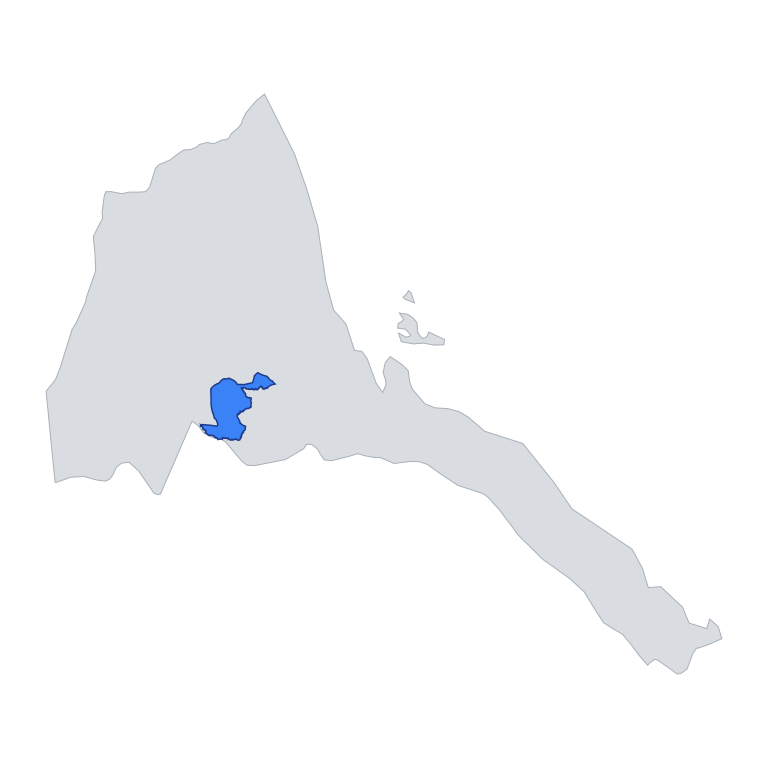 Molqi, Gash Barka, Eritrea shown in context
{"feature_id": "51966322B62181385469599", "entity_name": "Molqi", "entity_type": "district", "adm_level": 2, "iso_a3": "ERI", "parent_name": "Eritrea", "parent_adm1": "Gash Barka", "projection": "albers", "projection_center": [38.368, 14.994], "detail": "fine", "context": "in_parent", "style": "filled", "palette": "blue", "viewbox_px": 768, "rotation_deg": 0, "n_neighbors": 0, "source": "geoboundaries", "source_scale": "gbopen_adm2", "svg_char_len": 8131}
<svg xmlns="http://www.w3.org/2000/svg" viewBox="0 0 768 768"><path d="M55.1,482.3L52.1,452.4L50.1,432.5L48.1,411.3L46.1,391.3L55.7,379.2L60.2,367.6L71.9,329.9L76.4,322.4L85.5,302.2L86.7,296.3L95.7,270.9L95.0,253.9L93.3,236.8L98.2,226.7L102.5,218.6L102.2,211.7L104.3,195.8L105.7,191.8L110.9,191.6L121.6,193.7L129.5,192.1L138.6,192.1L145.6,191.7L149.8,186.8L155.5,168.2L159.2,164.5L162.1,163.4L170.1,160.0L177.0,154.6L182.6,150.7L184.7,149.9L190.6,149.5L196.5,147.2L199.2,144.6L206.7,142.5L214.0,143.7L218.9,141.4L222.2,139.9L225.9,139.8L229.3,137.6L230.7,134.3L232.9,132.2L238.6,127.4L241.2,123.9L242.4,120.4L243.5,117.6L246.0,112.8L256.0,101.0L264.5,94.0L294.5,153.9L306.8,189.3L317.7,226.3L325.9,281.8L333.6,310.1L346.0,324.0L354.5,350.4L361.8,351.3L367.1,358.6L376.2,383.3L382.7,392.5L386.1,384.5L385.6,380.0L383.1,372.4L385.3,362.5L390.3,356.6L401.8,364.5L408.1,370.5L409.9,382.7L412.6,389.5L424.8,403.7L434.9,407.8L448.1,408.7L459.1,411.7L468.0,416.9L484.7,431.3L522.8,443.5L553.8,482.2L572.1,509.0L632.0,549.1L642.6,568.6L648.3,587.7L660.7,586.6L682.6,607.2L689.1,623.1L706.8,628.6L709.6,619.0L718.2,626.6L721.9,638.6L710.8,643.6L698.5,648.1L696.7,648.0L692.7,653.7L687.1,669.0L680.7,673.5L677.3,674.0L657.7,660.1L654.7,659.4L650.6,662.2L647.6,665.2L638.4,654.6L631.6,645.2L622.3,634.0L613.3,629.0L603.6,622.8L594.0,608.0L584.2,591.8L569.8,578.6L543.1,559.6L518.5,535.4L499.6,510.0L487.6,496.8L482.4,493.4L457.7,485.3L440.3,473.7L427.0,464.2L418.9,461.7L411.0,461.4L394.2,463.5L380.2,457.5L374.3,457.5L365.0,455.8L357.6,453.7L349.0,456.3L331.3,460.7L324.1,459.8L320.1,453.8L317.7,449.2L311.6,444.4L306.5,444.4L303.7,448.7L285.3,459.6L254.3,465.7L247.0,465.2L241.5,460.9L225.9,442.3L221.5,439.3L217.9,439.0L210.7,436.8L203.9,433.2L198.0,425.5L192.1,421.2L185.6,436.1L174.3,462.2L168.2,476.1L160.4,494.1L157.9,494.6L154.0,493.3L138.6,470.8L129.0,462.3L121.7,463.1L116.4,467.2L113.0,474.7L109.4,479.3L105.4,481.1L97.0,480.1L84.1,476.5L70.7,477.2L56.9,482.2L55.1,482.3ZM417.9,332.9L422.1,338.4L424.9,337.9L427.2,336.0L428.8,332.1L444.6,339.6L443.8,344.8L434.3,345.1L423.4,343.1L413.4,343.9L401.3,341.7L398.5,333.1L406.2,337.2L410.1,336.1L410.8,335.0L405.4,329.2L397.7,328.1L398.2,323.4L401.6,321.6L403.7,319.3L399.3,313.0L407.9,314.4L413.3,318.2L416.9,322.6L417.9,332.9ZM411.1,292.9L414.5,302.9L404.8,299.1L403.1,297.1L407.4,293.1L408.3,290.6L411.1,292.9Z" fill="#d9dde1" stroke="#a8b0b8" stroke-width="1"/><path d="M250.3,397.9L249.7,397.6L249.0,397.9L248.8,397.6L248.5,397.7L248.3,397.7L248.0,397.6L247.7,397.2L247.4,397.1L247.2,397.3L246.8,397.1L246.5,397.0L246.4,396.9L246.5,396.7L246.4,396.5L246.0,396.1L245.7,396.0L245.6,395.9L245.6,394.1L245.5,393.8L245.3,393.8L245.1,393.6L244.9,393.4L245.0,393.0L244.3,392.7L244.0,392.7L243.9,392.1L244.0,391.9L243.9,391.6L244.0,391.5L243.7,391.0L243.1,391.0L243.0,390.8L242.8,390.8L242.6,390.6L242.7,390.1L242.8,389.7L242.4,389.1L242.1,389.1L241.7,388.7L241.5,387.8L241.9,388.0L242.4,387.8L243.1,388.3L243.2,388.2L243.6,387.6L243.8,387.5L244.4,387.6L244.7,387.7L245.1,387.7L245.5,388.0L245.6,388.6L246.1,388.6L246.3,389.0L247.5,388.8L248.0,389.1L248.4,389.4L248.8,389.2L249.1,389.3L249.2,389.1L249.6,389.3L249.8,389.1L250.3,389.0L250.6,389.2L251.2,389.1L251.5,389.3L251.7,388.8L252.5,388.6L252.5,388.9L252.6,389.2L252.8,389.2L253.3,389.6L253.7,389.4L253.9,389.6L254.4,389.9L254.6,389.7L254.6,389.4L254.8,389.3L255.2,388.8L255.3,389.0L256.0,389.1L256.1,389.3L256.3,389.2L256.6,389.3L256.7,389.5L257.1,389.4L257.3,389.7L257.8,389.2L257.8,388.9L258.0,388.9L258.1,388.7L258.4,388.8L258.5,388.7L258.6,388.1L259.1,388.1L259.3,387.6L259.7,387.3L259.8,387.0L260.2,386.7L260.2,386.4L260.6,386.3L260.9,386.2L261.3,386.9L261.5,387.0L261.6,386.8L261.8,387.2L262.0,386.7L262.1,386.8L262.1,387.1L261.9,387.4L262.2,387.9L262.4,388.0L262.7,388.1L263.0,388.4L263.3,388.4L263.3,388.5L263.2,388.7L263.4,388.7L263.5,389.0L263.8,388.9L263.9,388.7L264.1,388.9L264.2,388.6L265.1,388.7L265.4,388.5L265.5,388.1L266.0,388.0L266.3,388.2L266.6,387.9L266.7,388.1L266.9,388.1L267.0,387.9L267.4,388.1L267.8,387.8L267.7,387.6L268.5,386.5L269.0,386.2L271.2,385.1L272.2,384.7L272.8,384.6L273.7,384.3L275.1,384.0L274.3,383.4L273.3,382.1L272.9,381.8L272.2,381.0L271.9,380.8L270.0,380.0L269.8,379.8L268.9,378.4L267.6,377.0L266.9,376.4L265.7,375.9L265.2,375.9L263.1,375.3L262.0,374.7L260.3,374.1L258.6,373.1L258.2,372.8L257.8,372.7L256.9,373.5L255.5,374.6L254.4,375.8L254.2,377.4L253.9,378.1L253.1,381.4L252.7,382.2L252.5,382.5L252.2,382.7L250.9,383.2L249.8,383.5L248.8,383.4L247.8,383.8L246.0,384.1L245.5,384.3L245.0,384.5L244.4,384.6L241.3,384.5L237.8,384.5L237.5,384.4L237.0,384.0L236.7,383.3L236.1,382.4L235.5,381.9L234.4,381.1L234.3,380.8L234.2,380.7L233.2,380.2L232.0,379.7L231.2,379.4L231.0,379.1L230.6,378.9L230.3,378.8L229.8,378.8L229.2,378.3L227.8,378.4L227.3,378.7L226.4,379.0L225.6,379.4L225.1,378.8L224.5,378.7L223.9,378.8L223.0,379.2L222.2,379.7L221.1,380.6L219.1,383.0L218.0,383.7L217.3,383.7L216.8,384.0L214.8,385.1L213.4,386.2L212.1,387.4L211.2,388.7L210.9,388.9L210.8,390.9L211.0,394.3L211.1,404.7L211.6,408.3L212.5,412.0L213.8,415.6L214.3,418.1L216.1,419.7L216.8,421.6L217.6,423.3L217.7,425.4L216.8,426.2L210.1,425.2L207.0,425.0L203.1,424.6L200.9,424.8L200.7,424.7L200.9,425.2L200.8,425.6L200.4,425.9L200.5,426.3L200.7,426.5L201.0,426.6L201.6,426.2L201.9,425.6L202.1,425.5L202.4,426.1L202.3,426.4L202.4,426.8L202.7,427.2L202.8,427.7L202.6,428.9L202.8,429.1L203.2,429.2L203.4,429.1L203.5,428.9L203.8,429.2L203.9,429.9L204.2,430.1L204.7,429.9L205.0,430.0L205.6,430.3L205.9,430.8L206.0,431.0L205.7,431.8L205.3,432.4L205.3,432.7L205.6,433.0L206.4,433.2L208.2,434.9L209.2,435.5L210.2,435.2L211.6,435.5L213.0,435.3L213.1,435.7L213.3,435.9L213.6,436.1L214.0,436.1L214.3,436.2L214.5,436.7L214.5,436.9L214.7,437.4L215.1,437.2L215.6,437.4L216.0,437.8L216.6,437.7L217.2,437.9L217.3,438.1L217.3,438.7L218.0,439.6L219.3,439.0L220.3,439.1L220.8,439.1L221.4,438.7L221.7,438.6L222.1,438.9L222.2,439.2L222.3,439.3L222.6,438.9L222.7,437.7L223.3,437.6L223.6,437.6L223.9,438.0L224.2,438.2L224.4,438.2L224.7,437.9L225.3,437.9L225.7,438.3L225.8,438.4L226.8,438.3L226.9,437.9L227.8,438.1L228.0,438.3L228.4,438.9L228.7,438.7L228.9,438.8L228.7,439.2L229.2,439.0L229.4,439.1L230.4,440.1L230.9,439.9L231.0,440.0L231.3,439.6L231.9,439.8L231.8,439.5L231.9,439.4L232.1,439.4L232.2,439.9L232.6,440.0L232.8,440.1L233.4,439.7L233.6,439.4L234.0,439.3L234.4,439.5L234.7,439.1L235.0,439.0L235.8,439.5L236.3,439.2L236.6,439.0L237.3,439.6L237.4,440.0L237.9,440.0L238.2,440.2L238.6,440.3L239.2,440.0L239.5,440.0L239.8,439.8L239.9,439.7L240.0,439.3L240.0,439.1L240.0,438.8L240.4,438.6L240.6,438.3L240.9,438.1L240.6,437.7L241.1,437.3L241.1,437.2L240.9,437.0L241.2,436.5L241.0,436.1L241.2,435.9L241.4,435.8L241.4,435.7L241.5,435.7L241.4,435.5L241.6,435.3L241.7,434.6L241.8,434.5L241.7,434.4L242.0,434.2L242.0,433.9L242.0,433.7L242.0,433.3L242.9,433.2L243.0,432.5L243.1,432.4L243.0,432.2L243.3,432.1L243.2,431.9L243.3,431.6L243.7,431.5L243.9,431.0L243.8,430.7L244.4,430.4L244.6,430.1L244.9,430.0L245.2,429.7L245.3,429.3L245.2,428.3L245.3,427.5L245.6,426.9L245.7,426.6L245.5,426.3L244.7,426.0L244.6,425.8L243.7,425.7L243.3,425.3L242.7,425.1L242.2,424.8L241.7,424.6L241.4,424.0L240.8,423.4L240.5,423.3L240.0,423.4L240.0,422.1L239.6,420.8L237.2,416.7L237.4,414.2L237.7,414.0L237.9,414.1L238.2,413.9L238.3,414.1L238.4,413.9L238.4,413.7L238.5,413.7L239.0,414.0L239.3,413.9L239.4,413.7L239.1,413.5L239.1,413.2L239.3,413.1L239.5,412.9L239.8,413.2L240.0,413.2L240.2,412.8L240.0,412.7L240.5,412.5L240.6,412.4L240.5,411.9L240.7,412.1L241.0,411.6L241.3,411.5L241.9,411.4L242.0,411.7L242.7,411.8L243.0,411.5L243.0,411.0L243.4,411.2L243.6,411.1L243.8,410.8L243.8,410.5L244.1,410.4L244.3,410.2L244.6,409.6L245.0,409.2L245.8,409.2L246.1,408.9L246.2,408.7L246.9,408.7L247.0,408.4L247.6,408.4L248.0,408.3L248.3,408.4L248.3,408.2L248.5,408.0L249.4,408.0L249.8,407.8L250.1,407.7L250.1,407.4L250.4,407.5L250.7,407.3L250.9,406.8L251.2,406.7L250.8,405.1L250.9,404.5L251.3,403.7L251.2,402.4L251.1,402.1L251.1,401.3L250.8,400.7L250.7,399.9L251.1,399.3L251.1,398.7L251.3,398.4L251.2,398.1L250.7,397.9L250.3,397.9Z" fill="#3b82f6" stroke="#1e3a8a" stroke-width="1.5"/></svg>